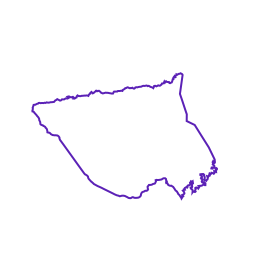 outline of Coribe, Bahia, Brazil, rotated 17°
{"feature_id": "56859067B8540016804066", "entity_name": "Coribe", "entity_type": "district", "adm_level": 2, "iso_a3": "BRA", "parent_name": "Brazil", "parent_adm1": "Bahia", "projection": "albers", "projection_center": [-44.348, -13.779], "detail": "fine", "context": "isolated", "style": "outline", "palette": "violet", "viewbox_px": 256, "rotation_deg": 17, "n_neighbors": 0, "source": "geoboundaries", "source_scale": "gbopen_adm2", "svg_char_len": 5921}
<svg xmlns="http://www.w3.org/2000/svg" viewBox="0 0 256 256"><g transform="rotate(17 128 128)"><path d="M220.5,133.8L220.1,132.8L210.9,122.9L200.8,114.2L191.7,106.3L190.9,105.6L182.1,104.2L180.2,97.7L177.4,93.8L171.4,85.3L167.7,80.2L164.7,61.3L164.1,60.7L163.2,60.5L162.3,60.3L161.6,61.0L160.5,61.5L159.6,62.6L158.7,62.5L158.9,63.3L158.5,63.9L157.6,64.2L157.8,65.0L158.4,65.6L157.7,66.1L157.0,65.7L156.7,66.5L156.7,67.4L157.1,68.1L156.5,68.5L156.6,69.5L156.6,70.4L156.5,71.6L155.7,72.2L155.2,72.8L154.5,72.9L153.8,72.1L152.5,72.4L151.4,72.6L150.7,72.2L150.3,72.8L150.0,73.8L149.2,73.0L149.1,74.0L148.6,75.1L147.4,75.6L147.4,76.5L146.3,78.1L145.6,78.4L144.4,78.4L143.8,79.1L142.9,79.9L141.6,79.7L140.7,80.2L140.7,81.3L140.5,82.5L139.5,82.1L138.5,82.1L137.3,82.1L136.5,81.8L135.5,81.6L134.6,82.2L133.5,81.9L132.7,82.3L132.0,82.7L131.3,83.0L130.3,83.2L129.4,83.8L128.6,84.6L126.9,85.3L125.9,85.8L125.1,86.4L123.9,86.6L123.1,87.2L122.9,88.0L122.3,88.6L121.5,88.6L120.4,88.2L119.7,88.8L119.0,88.9L118.3,89.4L117.2,89.4L116.4,89.2L115.5,89.3L114.6,90.3L113.7,90.7L113.4,91.6L112.7,92.3L111.9,93.2L111.8,94.2L110.6,94.3L109.6,94.9L108.4,95.3L107.5,95.6L107.0,96.3L106.2,96.5L105.2,96.9L104.1,97.2L103.8,97.8L103.7,98.6L103.6,99.4L102.5,99.8L101.4,99.9L100.1,100.1L98.8,100.2L97.8,100.4L97.2,100.6L96.4,100.7L95.4,101.3L93.8,102.3L92.8,102.2L92.1,102.2L91.3,101.7L90.5,101.3L89.3,100.9L88.5,101.4L87.7,101.9L87.1,101.5L86.4,101.8L86.1,102.7L85.4,103.5L84.9,104.6L84.1,105.2L83.4,104.7L82.5,104.2L82.1,104.9L81.7,105.5L81.9,106.2L81.3,106.7L80.9,107.6L80.7,108.9L79.7,108.8L78.8,109.0L78.0,109.4L77.0,109.7L75.1,110.5L74.2,110.8L73.4,111.4L72.5,111.6L71.5,111.9L70.2,111.6L69.7,112.7L69.9,113.8L69.2,114.3L68.7,115.1L68.1,115.6L67.0,115.8L67.1,114.7L66.2,114.3L65.5,114.7L64.8,115.3L63.7,115.3L63.0,115.8L62.6,115.1L61.9,115.2L61.0,115.8L61.7,116.2L62.2,116.9L61.4,117.6L60.6,117.7L59.9,117.8L59.3,118.4L58.7,119.2L57.7,119.6L56.5,119.9L56.1,120.7L55.7,121.3L54.9,121.7L53.7,121.4L52.8,121.3L51.9,121.1L51.2,122.2L50.4,122.9L50.0,123.8L49.7,124.6L48.7,125.1L47.6,125.6L46.6,125.9L45.6,126.5L44.9,126.9L43.8,127.2L42.7,127.3L41.9,128.1L40.9,128.2L39.9,128.9L38.9,129.1L38.0,129.4L37.2,129.8L36.2,129.8L35.2,130.2L34.9,130.9L33.9,131.5L33.2,132.2L32.5,132.9L31.8,133.1L31.0,133.5L31.0,134.5L31.0,135.5L30.9,136.5L31.3,137.2L31.5,138.2L31.5,139.4L31.8,140.1L32.9,140.0L33.6,140.4L34.1,140.9L34.8,141.2L35.5,141.7L36.6,142.3L37.6,143.1L38.5,143.6L39.1,144.0L39.8,144.6L40.4,145.3L40.8,146.4L41.5,147.1L42.3,148.0L42.7,149.0L43.1,149.9L43.9,150.3L44.8,150.4L45.7,150.3L46.5,150.8L47.4,150.8L48.5,151.2L49.2,151.9L49.9,152.2L50.6,152.7L51.1,153.4L51.5,154.1L52.0,155.0L52.2,155.7L53.2,155.7L54.3,155.5L55.3,155.9L56.0,156.4L57.0,156.6L58.0,156.8L58.8,156.6L59.8,156.5L60.6,156.2L61.5,156.0L62.8,155.8L63.8,156.1L64.4,156.5L65.2,157.1L65.5,158.0L66.4,159.2L68.0,160.4L71.1,162.7L81.2,170.4L91.3,178.1L99.6,184.4L100.5,184.9L101.3,185.0L102.9,185.5L103.9,186.1L104.4,187.1L105.0,187.9L105.9,188.5L106.9,189.1L107.8,189.6L108.6,190.1L109.4,190.3L110.2,190.8L110.9,191.0L111.6,191.5L115.9,192.4L118.5,192.7L120.0,192.9L121.2,193.1L122.2,193.3L133.3,195.1L134.2,195.3L136.7,195.6L137.5,195.6L138.7,195.5L140.0,195.7L140.8,195.3L141.8,194.6L143.2,194.1L144.8,193.9L147.4,194.3L148.1,194.5L149.2,194.7L150.4,194.5L151.1,194.3L151.7,193.7L152.4,192.9L153.2,192.7L154.4,192.9L155.7,192.6L157.1,192.1L158.5,191.4L159.3,190.5L159.8,189.7L160.0,188.8L159.8,187.7L159.9,186.4L160.3,185.3L161.1,184.6L162.1,183.9L162.6,183.2L163.5,182.7L164.2,182.6L164.9,181.8L165.1,180.7L164.6,180.0L164.2,179.2L163.9,178.4L164.3,177.4L164.7,176.3L165.8,176.0L166.7,175.6L167.5,175.1L168.3,174.2L169.4,173.6L170.0,173.1L170.2,172.0L170.3,170.7L169.7,169.8L170.3,169.3L171.4,169.1L172.6,168.7L173.6,168.2L174.4,167.8L175.3,167.3L175.9,166.4L176.9,165.6L178.2,165.2L179.3,165.7L179.7,166.8L180.7,167.7L180.2,168.6L180.7,169.5L181.6,169.2L182.2,169.6L182.6,170.4L183.6,170.8L184.4,170.9L185.4,170.9L186.3,170.5L187.5,170.9L188.4,171.1L189.3,171.8L190.2,172.5L191.0,173.2L191.8,173.9L192.6,174.1L193.6,174.6L194.1,175.2L194.7,175.6L195.2,176.3L196.1,176.8L197.0,177.2L197.8,178.0L198.4,178.5L199.1,178.9L199.8,179.8L200.0,179.1L200.1,178.4L200.7,177.2L199.6,176.9L199.4,176.1L200.0,175.8L200.6,175.2L201.1,174.2L200.5,173.0L199.6,172.4L198.9,171.9L199.5,171.5L199.3,170.7L200.4,170.3L199.7,169.4L200.0,168.6L200.6,168.1L201.0,167.5L202.0,167.7L202.2,167.0L201.8,166.1L202.4,165.1L203.5,164.9L204.0,164.0L203.7,162.9L203.3,162.2L203.7,161.4L203.8,160.5L204.9,160.7L205.4,160.0L205.8,160.8L206.3,161.9L205.5,162.4L205.9,163.5L206.0,164.5L206.5,165.2L206.5,165.9L205.7,166.2L205.3,166.8L205.8,167.5L206.5,167.8L207.5,168.1L208.2,169.2L208.5,170.6L208.9,169.4L209.8,169.7L210.8,169.6L211.2,169.0L210.4,168.3L210.5,167.3L210.6,166.5L209.9,165.8L210.5,165.0L211.5,164.7L212.3,165.0L212.9,165.4L213.2,164.3L213.5,163.2L212.7,162.7L213.8,162.2L214.6,161.9L215.4,161.6L215.9,160.9L216.5,160.4L217.0,159.7L218.0,160.2L218.7,160.0L218.4,158.9L218.2,158.2L217.2,157.9L216.4,157.5L215.7,158.4L214.7,158.2L214.1,157.4L214.4,156.4L214.3,155.4L212.8,155.0L213.1,154.3L212.5,153.8L213.1,153.2L212.6,152.2L211.8,151.8L210.9,151.8L210.7,151.1L211.6,150.7L212.5,150.3L213.6,150.0L214.3,150.4L214.7,151.5L215.4,152.0L215.9,153.0L216.2,154.5L216.4,155.4L218.3,155.6L218.4,154.7L219.0,154.0L219.1,153.3L218.8,152.2L217.9,151.0L219.0,151.1L219.1,150.0L220.0,149.8L220.1,149.0L219.3,148.3L219.3,147.6L220.0,147.8L220.8,147.5L220.9,146.4L222.1,146.4L223.4,146.7L223.8,145.9L223.5,145.0L223.1,144.1L224.2,144.3L225.1,144.3L224.8,143.6L224.3,142.7L225.1,141.7L224.9,140.8L224.1,140.5L223.4,141.2L222.3,140.4L221.9,139.6L221.5,138.8L220.7,138.5L219.7,138.1L219.7,136.9L218.9,135.9L219.1,134.9L219.9,135.5L220.7,136.4L221.2,135.7L220.9,134.7L220.5,133.8ZM221.5,141.0L220.7,141.5L220.5,142.2L219.6,142.3L219.6,141.3L220.4,140.9L221.5,141.0Z" fill="none" stroke="#5b21b6" stroke-width="2"/></g></svg>